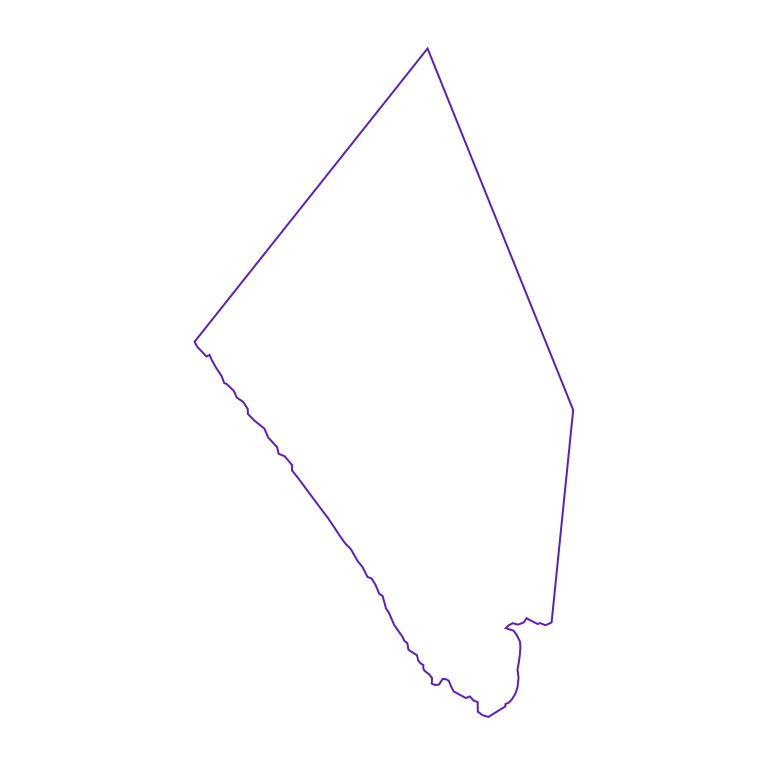 the district of Ngeburch, Melekeok, Palau, rotated 179°
{"feature_id": "81905179B7917113976902", "entity_name": "Ngeburch", "entity_type": "district", "adm_level": 2, "iso_a3": "PLW", "parent_name": "Palau", "parent_adm1": "Melekeok", "projection": "equal_earth", "projection_center": [134.624, 7.51], "detail": "fine", "context": "isolated", "style": "outline", "palette": "violet", "viewbox_px": 768, "rotation_deg": 179, "n_neighbors": 0, "source": "geoboundaries", "source_scale": "gbopen_adm2", "svg_char_len": 1279}
<svg xmlns="http://www.w3.org/2000/svg" viewBox="0 0 768 768"><g transform="rotate(179 384 384)"><path d="M572.7,429.5L570.1,424.5L561.0,414.6L557.9,416.1L555.8,410.9L551.8,403.6L546.2,394.6L543.7,387.7L541.4,386.8L534.2,379.6L531.4,373.0L525.2,368.6L520.7,361.5L520.6,356.4L514.7,350.1L504.3,341.4L500.7,332.5L492.0,322.8L490.6,316.1L484.6,313.5L477.2,304.4L477.6,299.3L472.0,292.1L449.2,260.3L441.9,250.3L430.0,231.7L425.9,225.7L419.8,219.1L413.5,207.5L408.4,201.0L404.0,191.5L399.6,189.6L395.7,182.7L392.4,174.2L389.1,172.1L385.9,159.5L383.0,155.0L377.9,142.6L369.9,130.9L368.2,126.9L365.2,124.5L364.2,118.0L361.5,115.9L355.8,112.3L354.7,107.2L352.5,104.2L349.6,102.3L349.6,98.7L348.3,96.3L344.1,93.1L341.1,89.2L341.5,83.6L338.1,82.1L334.3,82.5L330.4,88.2L326.8,87.6L324.4,86.1L322.1,80.2L319.7,75.4L307.7,68.6L303.5,70.1L300.0,65.9L295.9,64.3L295.9,54.8L291.4,51.2L285.5,49.3L268.3,59.5L268.2,61.8L264.7,63.3L262.0,66.0L258.2,71.7L255.8,78.4L254.6,88.1L255.5,96.1L254.1,103.1L253.0,110.2L252.2,118.4L252.6,124.2L255.6,130.6L258.7,135.1L262.3,136.3L266.5,137.7L263.9,140.3L259.6,142.6L254.1,141.1L248.5,143.1L245.5,147.4L242.9,145.7L234.7,141.4L232.1,142.2L226.8,140.0L220.6,142.7L195.3,354.7L334.6,718.7L572.7,429.5Z" fill="none" stroke="#5b21b6" stroke-width="2"/></g></svg>